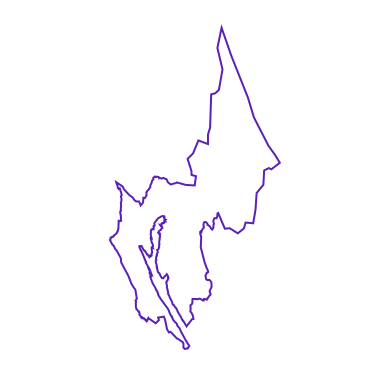 Nesset nor, Møre og Romsdal, Norway (Natural Earth projection), rotated 253°
{"feature_id": "86288312B48311014337711", "entity_name": "Nesset nor", "entity_type": "district", "adm_level": 2, "iso_a3": "NOR", "parent_name": "Norway", "parent_adm1": "Møre og Romsdal", "projection": "natural_earth1", "projection_center": [7.966, 62.59], "detail": "fine", "context": "isolated", "style": "outline", "palette": "violet", "viewbox_px": 384, "rotation_deg": 253, "n_neighbors": 0, "source": "geoboundaries", "source_scale": "gbopen_adm2", "svg_char_len": 6014}
<svg xmlns="http://www.w3.org/2000/svg" viewBox="0 0 384 384"><g transform="rotate(253 192 192)"><path d="M223.6,122.4L221.8,122.3L220.3,122.6L217.6,122.3L217.0,122.4L216.7,123.0L216.4,123.0L216.6,123.6L216.3,123.5L216.0,124.0L210.1,124.0L209.2,123.7L208.8,122.8L204.8,122.3L202.4,120.8L200.0,120.3L197.1,119.1L194.7,118.5L194.7,118.3L194.3,117.7L193.4,117.3L191.8,117.3L191.7,117.1L189.8,117.0L187.3,116.2L185.8,116.0L185.5,115.9L185.5,115.5L185.2,115.6L185.1,114.8L185.9,113.5L178.2,110.8L177.4,110.0L176.7,109.8L175.9,109.2L175.9,108.9L175.2,108.6L174.0,106.7L173.5,105.1L173.0,104.2L172.6,104.2L172.2,103.2L172.5,102.3L172.4,101.9L172.0,101.7L172.1,100.8L170.2,100.0L170.1,99.5L165.3,100.4L163.2,101.5L160.4,101.8L158.1,102.8L149.6,104.6L145.4,103.7L130.5,106.6L121.7,107.3L117.5,108.4L115.2,109.3L106.0,108.0L104.6,106.2L103.2,106.4L101.9,105.6L100.5,105.4L99.0,104.8L96.2,104.6L95.8,105.0L92.9,106.0L92.9,106.4L91.0,106.4L90.7,106.3L90.5,106.0L89.3,105.9L89.0,106.3L86.1,107.0L85.9,107.3L86.6,107.8L85.3,108.8L85.3,109.1L84.0,109.3L83.8,110.1L81.7,110.6L82.0,111.2L81.9,111.6L83.1,112.1L84.1,113.3L83.4,113.3L83.4,114.0L77.1,118.9L79.2,122.9L81.8,122.9L81.0,128.7L77.8,128.9L68.0,128.0L64.4,128.9L64.6,130.6L56.2,134.8L55.9,135.5L51.0,139.3L49.1,139.4L45.7,138.3L44.2,139.1L44.0,139.3L44.1,139.7L43.9,140.1L43.9,141.5L43.6,141.9L43.9,142.7L45.1,143.6L45.5,144.4L52.3,142.6L61.9,140.6L65.3,140.3L68.5,138.9L70.7,138.9L72.7,137.7L75.6,136.5L78.4,136.4L78.3,136.2L81.7,135.4L85.9,135.1L87.7,134.7L94.8,132.2L95.2,132.3L96.9,131.4L102.6,129.8L104.0,129.6L104.3,129.9L106.1,129.8L106.1,129.7L108.8,129.3L108.8,129.1L111.2,128.9L116.0,127.7L122.2,127.3L123.6,127.4L123.7,127.7L123.3,127.7L123.5,127.9L123.4,128.2L126.5,128.0L126.5,127.7L127.0,127.7L127.6,128.0L126.8,128.1L126.5,128.5L125.7,128.5L125.6,129.0L125.3,129.2L128.1,129.0L128.0,128.7L128.7,128.7L128.8,128.5L132.4,127.9L132.5,128.2L132.2,128.5L137.5,127.3L137.5,127.5L138.9,127.6L138.9,127.4L148.3,126.6L149.7,126.2L150.7,126.3L150.7,126.1L153.2,125.7L155.4,125.6L155.4,126.2L155.1,126.2L155.4,126.3L155.2,126.7L155.3,127.5L154.8,127.6L154.8,128.0L151.6,128.6L149.9,129.2L149.3,129.6L149.3,129.9L146.4,130.5L145.3,130.8L145.3,131.3L142.7,132.0L143.5,132.5L143.5,133.1L142.4,133.4L142.6,134.1L142.3,134.1L142.9,134.3L142.9,134.7L143.2,134.9L144.5,135.1L145.3,135.6L145.6,136.2L149.9,136.9L150.3,137.3L150.7,137.3L150.7,137.7L150.1,138.3L151.4,138.2L151.5,138.4L151.2,138.4L151.5,138.8L152.2,139.1L154.0,139.1L155.7,138.7L158.0,139.0L159.4,138.9L160.6,139.2L160.7,139.8L161.0,139.8L160.8,139.9L163.6,140.1L165.2,140.9L166.9,141.3L168.1,142.4L168.2,142.8L168.2,143.2L167.9,143.5L168.0,143.7L167.7,143.7L167.6,144.4L168.7,144.6L169.0,145.0L170.4,145.1L170.7,146.0L170.9,145.9L171.3,146.6L172.6,146.7L173.6,147.3L176.8,151.9L177.6,155.7L177.6,157.0L177.1,157.5L176.9,158.4L176.1,158.4L176.1,158.1L175.6,157.8L174.2,157.9L173.5,158.5L173.5,157.9L172.2,158.0L172.4,157.8L171.6,157.8L171.6,157.5L170.7,157.8L171.4,157.4L173.2,157.6L173.9,157.4L173.0,157.3L170.6,156.2L170.5,155.8L171.0,155.6L170.9,155.2L171.0,154.3L170.7,153.6L170.0,153.6L169.4,153.2L169.2,152.4L169.6,151.9L168.4,152.2L167.9,153.1L166.3,153.2L165.5,151.5L164.7,151.0L164.7,150.2L164.4,149.2L163.5,148.4L163.2,148.4L163.2,148.2L162.7,148.2L162.7,147.9L161.8,148.1L161.7,149.1L160.9,149.2L159.8,148.5L158.6,148.4L158.4,148.0L157.3,147.7L156.7,147.2L156.2,147.3L153.9,146.0L151.7,145.6L151.7,145.3L149.2,144.6L148.9,144.4L148.9,144.2L147.8,143.7L147.2,143.2L146.8,142.4L146.7,141.7L145.4,141.8L144.2,141.5L143.5,140.7L141.8,140.0L142.0,139.8L139.1,138.1L137.4,138.0L137.4,137.7L136.0,136.9L131.8,136.8L129.2,136.4L129.4,136.2L125.6,136.1L124.4,136.4L124.0,137.0L120.1,137.5L118.3,138.2L117.9,139.3L119.0,140.6L119.8,142.5L120.8,143.8L118.4,144.5L117.8,144.4L117.4,144.0L116.9,144.2L116.9,143.8L116.0,143.7L115.2,143.3L113.9,141.5L113.4,141.5L113.1,141.0L112.6,140.9L110.0,140.7L108.0,140.1L105.7,140.1L105.4,139.8L103.5,140.0L102.3,139.7L102.2,139.4L100.7,139.5L99.5,139.9L97.5,139.9L93.5,140.7L90.2,140.7L89.3,141.2L89.3,141.5L86.3,142.3L85.7,142.9L81.0,143.5L75.7,144.9L73.4,145.1L71.4,145.7L71.4,146.0L70.9,146.1L65.1,147.5L70.4,155.0L70.2,156.3L73.8,156.7L76.5,156.2L78.2,155.5L81.2,156.7L84.0,157.3L84.9,159.1L85.6,159.8L89.5,161.2L88.4,164.8L87.9,165.4L87.9,167.8L86.9,169.2L85.0,170.8L84.8,171.3L84.8,171.5L86.2,172.2L85.7,173.3L84.7,174.7L85.8,175.5L85.7,175.9L87.3,177.7L88.6,179.9L91.9,179.8L95.8,183.1L99.5,184.0L100.4,184.0L102.3,183.3L103.0,182.7L103.1,181.4L103.7,180.6L104.2,180.2L104.8,180.0L108.2,180.5L109.5,181.9L110.5,182.5L110.5,183.8L111.7,184.3L115.0,183.8L121.2,183.5L136.5,184.2L145.2,187.3L147.6,187.8L148.8,187.5L151.4,188.1L151.8,188.8L150.9,189.3L152.8,190.5L154.7,193.1L156.7,193.2L158.0,193.7L159.3,194.6L159.6,195.5L159.4,196.2L158.2,197.1L157.5,197.4L155.9,197.3L155.7,197.8L154.0,198.9L150.6,199.9L150.1,200.4L151.8,202.2L153.7,202.6L155.0,203.7L157.5,203.7L159.8,205.1L160.4,206.1L159.7,207.7L159.9,207.9L161.8,209.3L164.0,210.0L164.3,210.9L147.3,212.7L146.3,217.5L139.1,223.7L142.0,231.0L147.1,234.3L144.2,241.4L156.6,247.6L172.1,253.5L178.1,262.4L191.5,267.3L192.4,272.4L190.5,274.5L194.3,284.5L202.8,282.4L213.6,278.7L245.3,273.0L265.8,273.1L311.0,269.4L340.4,268.3L322.3,258.4L300.3,257.0L281.8,247.6L279.6,243.0L279.8,238.9L248.2,228.1L242.3,224.1L233.2,221.3L239.4,213.2L228.6,204.3L225.0,197.5L212.4,197.6L208.4,196.6L206.0,200.4L197.5,196.5L200.5,188.3L205.6,180.2L205.2,179.1L205.4,177.2L205.4,173.9L208.3,171.8L211.8,171.3L212.5,170.1L213.8,168.9L213.8,166.8L214.6,165.8L214.7,164.6L215.8,164.6L216.2,164.3L217.0,162.8L216.8,162.2L217.1,161.4L217.7,161.0L216.8,159.0L215.3,158.7L214.8,157.5L214.0,156.8L212.8,156.2L210.5,154.1L208.6,153.4L208.2,152.5L207.1,151.4L206.1,149.5L204.8,148.2L202.2,147.6L199.9,145.1L200.6,143.8L196.8,142.3L195.8,141.6L194.2,139.0L198.4,138.6L199.3,135.9L200.6,134.8L204.2,133.6L207.3,131.2L211.6,129.1L214.4,127.8L215.4,127.5L216.5,127.6L217.9,127.0L223.6,122.4Z" fill="none" stroke="#5b21b6" stroke-width="2"/></g></svg>